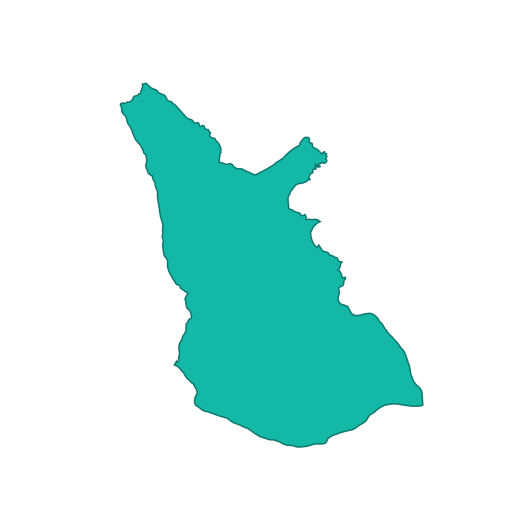 Gonzalez, Cesar, Colombia (orthographic projection), rotated 161°
{"feature_id": "7082276B53963329065475", "entity_name": "Gonzalez", "entity_type": "district", "adm_level": 2, "iso_a3": "COL", "parent_name": "Colombia", "parent_adm1": "Cesar", "projection": "orthographic", "projection_center": [-73.381, 8.394], "detail": "fine", "context": "isolated", "style": "filled", "palette": "teal", "viewbox_px": 512, "rotation_deg": 161, "n_neighbors": 0, "source": "geoboundaries", "source_scale": "gbopen_adm2", "svg_char_len": 6105}
<svg xmlns="http://www.w3.org/2000/svg" viewBox="0 0 512 512"><g transform="rotate(161 256 256)"><path d="M341.8,260.2L341.1,258.8L341.0,256.7L339.9,254.3L338.3,253.7L337.7,252.5L337.9,250.2L332.5,242.8L336.0,239.8L337.3,238.0L337.1,236.3L338.1,232.1L338.1,229.1L338.0,228.6L336.6,226.2L336.2,224.5L336.2,223.1L336.8,219.3L337.0,218.8L337.7,218.3L338.3,218.1L339.6,218.0L340.7,217.3L341.6,216.2L343.9,214.5L344.5,213.8L344.8,212.3L345.5,211.3L345.9,210.1L346.0,208.8L348.3,206.3L351.5,203.8L353.3,201.1L356.8,198.2L358.7,194.9L359.8,189.5L361.1,186.5L362.3,185.4L362.0,184.8L362.5,184.3L362.9,182.2L365.1,180.9L365.4,181.6L365.3,182.4L368.6,179.6L366.1,177.0L364.9,175.2L363.8,171.9L362.0,167.7L361.9,165.5L361.1,162.9L359.3,159.7L358.2,157.1L356.9,155.5L355.8,148.5L355.9,145.9L359.7,141.9L361.3,139.1L361.8,135.3L361.3,134.0L359.7,132.1L357.3,128.4L355.4,126.3L352.4,124.5L342.0,116.2L336.2,112.2L334.1,108.9L332.0,106.1L326.3,101.5L322.5,97.6L320.0,95.8L314.5,88.1L311.3,84.3L308.9,82.3L303.0,77.9L298.9,76.3L293.9,72.3L290.9,68.8L288.3,67.1L282.8,64.7L279.8,62.3L276.9,61.2L272.6,60.1L268.4,59.4L263.8,59.3L260.8,58.9L256.6,57.4L253.6,56.6L252.0,56.5L251.0,56.7L249.8,57.4L247.8,59.7L245.7,60.6L242.9,61.2L240.1,61.4L232.6,61.5L220.4,60.4L217.8,61.0L213.1,62.5L210.0,62.9L205.8,64.2L200.6,68.5L194.7,69.9L190.6,71.6L188.3,72.2L185.5,72.8L182.3,73.0L175.2,71.8L169.7,69.8L167.8,68.5L157.6,63.3L151.6,61.3L149.3,60.8L146.9,60.7L144.1,70.4L143.6,72.6L143.4,75.2L144.1,77.7L146.6,82.4L147.9,86.6L147.9,90.6L148.2,93.2L147.3,98.4L146.8,102.3L146.8,113.3L147.1,117.7L149.1,122.8L150.5,127.8L152.6,132.1L153.9,135.6L155.3,138.1L156.8,142.1L157.8,145.6L159.0,151.0L160.7,154.1L160.9,156.4L161.7,158.7L164.0,162.4L165.8,164.0L167.2,164.8L171.5,165.8L177.7,166.3L180.3,166.8L183.7,169.2L184.6,171.3L185.6,177.7L186.2,178.9L189.2,181.3L190.2,181.8L192.0,183.7L192.4,184.6L192.6,186.4L192.4,188.4L191.7,190.6L190.7,191.5L189.0,194.4L188.9,196.3L188.3,198.7L187.1,199.4L183.7,199.7L182.5,200.6L180.9,204.1L179.2,205.1L178.6,205.9L178.4,206.3L178.6,206.8L179.1,207.0L181.2,207.0L181.5,207.4L181.3,212.3L181.5,213.3L182.3,215.3L183.1,215.9L180.4,217.8L179.3,219.8L178.1,221.4L176.7,222.3L177.5,222.9L178.7,223.2L179.1,223.6L179.7,225.0L179.8,227.1L180.2,228.1L181.8,228.9L182.9,230.6L184.3,231.5L185.1,232.5L186.0,232.8L186.3,233.2L186.6,235.2L187.2,236.0L188.8,237.4L189.4,237.6L189.8,237.5L190.3,238.3L191.8,239.9L192.0,241.5L193.1,245.9L195.6,244.1L196.5,245.6L197.4,247.8L198.0,252.1L197.7,257.0L196.6,260.6L192.1,265.1L186.8,267.5L184.2,267.6L185.8,270.0L187.9,271.4L191.0,272.0L192.9,273.1L197.0,274.1L196.6,275.3L195.9,276.0L195.9,278.5L196.6,279.4L198.1,278.7L199.6,279.4L200.2,280.3L200.5,281.6L201.4,282.9L203.8,284.3L204.8,285.3L206.5,287.5L208.8,289.3L209.4,290.1L209.6,290.8L208.7,293.3L208.4,295.0L207.6,298.3L206.6,300.9L205.9,301.9L204.0,303.5L203.0,305.0L202.2,305.7L196.3,309.6L194.7,310.3L192.9,310.6L188.2,309.8L185.8,310.0L185.0,309.7L182.1,310.9L180.4,310.6L179.8,311.1L180.9,312.5L178.2,315.8L175.4,316.2L174.8,317.3L174.8,318.5L173.2,319.4L171.3,318.7L170.9,319.0L170.8,319.6L171.3,320.7L170.1,322.5L169.8,323.4L169.4,323.6L169.1,322.6L169.4,320.5L168.4,319.9L166.8,319.5L166.2,319.8L166.5,320.4L167.9,321.3L166.6,322.5L165.5,322.3L163.2,323.0L162.1,321.9L161.0,321.5L159.5,321.6L158.0,322.9L158.0,324.2L158.3,324.9L158.3,325.5L156.6,326.9L156.8,328.5L156.1,329.4L157.1,329.9L157.5,330.2L157.1,331.9L157.3,332.2L158.1,332.3L158.8,332.1L160.1,331.0L160.8,331.2L161.3,332.9L163.0,336.2L164.3,338.0L166.5,339.7L166.8,341.4L166.4,343.1L166.4,344.2L166.7,344.6L168.2,345.7L168.5,346.7L168.4,347.4L167.4,348.8L167.2,349.7L167.9,350.9L169.4,351.7L170.4,351.8L170.9,352.2L172.3,351.9L174.2,350.5L175.3,350.2L177.0,349.0L177.8,348.0L178.4,346.6L184.4,345.6L190.0,343.8L195.1,341.6L198.8,339.5L206.6,337.7L210.0,336.3L213.8,335.5L219.0,334.4L229.8,332.9L230.8,333.1L239.5,341.2L241.0,343.0L243.7,343.9L245.4,344.7L246.5,345.7L247.4,346.8L248.1,348.4L248.6,350.0L249.2,350.9L250.3,351.7L253.5,352.0L254.9,352.5L255.6,353.5L260.4,356.9L259.7,358.1L258.5,361.0L257.7,362.2L257.4,363.5L256.8,364.2L255.6,365.1L255.3,365.6L255.0,367.4L254.3,368.8L254.2,370.3L254.3,372.7L254.8,375.1L255.4,376.0L255.8,377.3L256.4,378.4L256.7,380.6L257.1,380.9L257.8,381.0L258.3,381.3L259.0,382.1L259.7,382.6L260.4,383.6L260.6,384.6L260.4,385.6L259.9,386.3L259.3,386.6L258.9,387.1L259.1,387.8L259.7,388.3L259.8,390.0L260.1,391.2L261.5,391.6L262.2,392.3L262.8,394.0L262.9,395.8L263.3,396.4L264.1,396.8L265.9,396.5L266.8,396.9L267.1,397.9L266.9,399.5L267.3,400.8L267.9,401.2L269.8,401.2L270.6,401.6L271.0,402.2L272.4,405.7L274.3,406.8L275.3,408.0L276.4,408.8L282.9,424.3L286.5,430.2L287.5,430.3L287.8,430.5L288.7,431.8L289.2,433.0L289.7,436.8L290.2,437.8L294.9,442.0L295.8,444.8L297.4,446.5L298.2,446.9L300.6,449.3L303.6,454.9L304.4,455.1L305.3,455.1L307.5,455.5L307.8,453.2L308.4,452.5L309.1,452.1L310.1,450.3L311.6,448.9L312.1,447.5L312.4,447.2L313.9,447.4L315.9,446.3L319.3,446.7L319.7,446.6L321.9,444.0L323.7,443.2L324.9,442.9L325.7,442.8L326.5,442.9L327.5,443.5L329.9,442.8L331.1,443.2L331.9,444.1L332.4,444.2L333.5,443.8L334.4,444.0L335.0,443.1L335.0,441.8L334.7,440.0L335.1,439.1L335.0,438.2L335.8,437.3L335.8,435.6L335.3,433.6L333.6,430.0L334.0,426.3L334.0,423.7L333.9,422.3L332.9,419.0L332.6,416.4L332.4,414.3L332.6,412.3L332.3,408.6L331.8,404.7L331.0,402.8L330.5,401.1L330.1,400.2L329.5,399.6L329.2,398.6L328.8,395.4L328.4,393.8L328.5,389.8L328.4,389.2L327.9,388.6L327.3,387.5L327.4,386.1L327.8,383.2L328.4,381.2L330.7,377.6L331.2,374.9L330.8,371.8L330.9,369.8L330.7,368.6L329.8,367.7L328.9,366.1L327.8,365.5L327.8,365.1L328.3,363.7L328.4,363.1L328.0,359.8L327.7,359.0L327.8,357.2L328.4,355.3L328.2,349.1L328.4,347.8L329.5,345.4L330.3,341.8L331.5,335.4L332.0,331.7L332.5,330.1L332.9,327.2L333.5,324.7L333.4,323.2L333.6,321.6L333.8,316.2L334.2,314.9L336.0,310.9L336.5,308.2L337.7,305.9L338.6,304.4L338.5,301.8L338.7,300.6L340.8,296.5L342.3,289.2L342.6,286.4L342.3,284.9L341.5,283.2L341.2,281.8L341.2,280.1L343.2,274.2L343.3,269.6L343.1,267.7L341.8,260.2Z" fill="#14b8a6" stroke="#0f766e" stroke-width="1.5"/></g></svg>